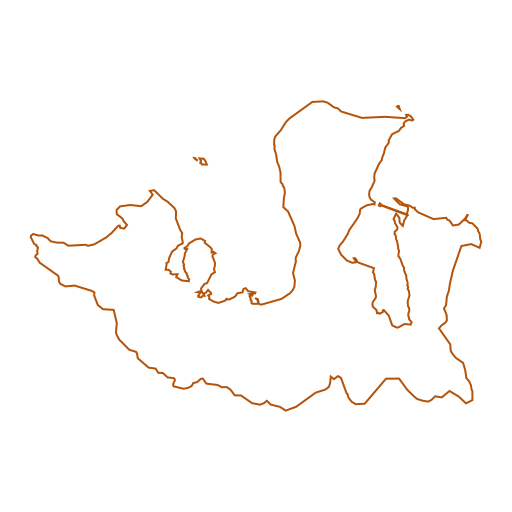 Grundarfjarðarbær, Vesturland, Iceland (orthographic projection)
{"feature_id": "244011B76246482597042", "entity_name": "Grundarfjarðarbær", "entity_type": "district", "adm_level": 2, "iso_a3": "ISL", "parent_name": "Iceland", "parent_adm1": "Vesturland", "projection": "orthographic", "projection_center": [-23.233, 64.943], "detail": "fine", "context": "isolated", "style": "outline", "palette": "amber", "viewbox_px": 512, "rotation_deg": 0, "n_neighbors": 0, "source": "geoboundaries", "source_scale": "gbopen_adm2", "svg_char_len": 6098}
<svg xmlns="http://www.w3.org/2000/svg" viewBox="0 0 512 512"><path d="M479.6,247.8L481.3,241.8L480.3,239.3L479.6,233.6L478.2,231.1L477.6,228.7L472.5,223.4L469.3,222.8L466.2,220.2L464.8,220.2L465.4,219.2L464.8,218.8L458.9,224.5L452.9,225.5L449.6,220.6L447.4,219.7L446.2,217.8L433.5,219.1L418.5,212.5L415.0,209.5L414.7,207.7L412.7,207.8L409.8,205.7L404.0,204.3L395.9,198.3L394.1,198.5L399.8,204.3L407.7,206.5L408.1,208.1L407.9,210.4L407.0,213.3L407.5,214.6L379.7,204.4L380.3,203.5L379.9,203.3L379.0,205.7L379.6,205.9L379.3,205.0L382.8,206.0L407.4,215.2L404.1,220.7L402.8,225.9L399.7,222.6L399.3,217.7L396.1,213.7L393.5,219.1L394.8,221.1L394.9,222.9L397.4,227.2L397.3,229.4L394.7,231.8L394.6,234.1L395.7,235.6L396.2,239.6L396.9,240.7L398.1,246.4L398.1,248.3L399.0,250.8L398.3,256.0L400.3,258.8L402.9,266.0L404.0,267.6L404.1,270.5L406.3,275.9L406.4,278.7L407.4,281.7L407.7,284.2L407.3,285.5L408.2,287.0L407.6,288.9L408.8,290.7L409.5,295.5L407.9,300.4L407.7,302.7L408.0,306.0L409.0,307.9L409.4,310.4L408.4,313.3L408.3,316.2L409.0,317.5L409.2,319.4L411.6,322.2L410.7,324.6L404.6,324.0L397.9,327.6L396.0,327.3L392.2,325.3L388.7,315.5L383.7,310.0L382.8,310.5L383.0,311.6L382.6,312.2L379.3,313.8L378.4,312.8L377.0,313.1L376.5,310.1L373.0,306.9L372.4,304.4L372.8,302.0L375.7,297.9L376.0,296.1L374.7,289.8L375.7,287.2L376.1,281.9L375.0,279.9L374.2,274.2L373.0,272.2L374.0,268.2L358.9,262.8L356.7,261.3L356.4,259.6L354.9,258.1L353.8,258.3L355.6,260.9L355.8,262.3L352.3,262.8L347.0,260.6L341.1,254.7L338.2,248.8L340.0,244.9L342.9,241.7L347.9,233.7L349.1,230.3L357.4,218.4L359.7,213.9L360.0,210.2L360.7,208.8L366.5,205.4L372.7,204.0L374.5,204.5L374.8,202.3L370.9,199.6L369.5,197.0L369.1,194.3L369.7,190.4L371.4,188.1L374.6,180.8L374.2,177.4L374.6,173.5L379.2,163.5L381.9,159.8L382.0,158.2L384.0,153.0L385.2,147.7L388.6,143.0L388.9,142.1L388.6,140.5L392.1,134.2L398.9,130.9L401.0,127.9L404.1,125.9L403.6,123.7L405.2,121.4L409.1,119.6L411.9,120.6L413.3,119.7L410.9,116.3L408.0,114.7L406.2,114.9L407.0,116.7L405.1,118.2L385.3,116.8L362.1,117.9L341.1,111.5L337.9,108.4L333.9,107.3L327.6,102.7L323.3,101.4L312.4,101.9L289.4,118.5L285.8,122.2L280.8,130.2L275.1,136.7L274.3,139.5L274.1,144.7L274.7,145.5L274.4,148.1L274.8,150.4L276.2,154.7L277.1,161.6L279.1,166.5L280.5,172.5L280.6,182.1L282.5,184.1L283.1,186.4L284.1,187.5L284.7,190.5L284.8,193.4L283.9,198.1L283.3,207.1L288.0,211.4L294.4,225.8L296.1,233.5L300.2,242.8L300.3,245.4L299.0,250.9L295.6,257.9L295.9,261.3L293.0,273.1L294.9,280.4L294.4,286.7L292.8,290.0L290.2,293.1L281.5,298.9L261.9,304.5L259.4,304.3L258.7,303.5L258.0,299.4L255.1,298.1L257.6,299.8L258.1,303.1L256.9,303.9L252.2,303.7L251.4,303.0L251.7,301.1L250.5,299.9L250.8,298.8L249.6,296.2L252.9,295.4L250.4,295.6L250.1,294.9L251.3,294.7L250.0,294.0L255.1,293.4L255.4,292.5L248.1,291.2L245.7,288.2L243.5,288.9L242.5,292.4L237.5,293.2L235.0,296.6L229.5,299.4L226.9,299.4L226.3,297.9L226.5,299.4L224.8,300.8L218.5,302.9L214.1,301.8L209.1,299.0L209.4,297.2L208.1,295.4L211.0,294.1L211.1,293.2L208.1,289.9L206.0,292.6L203.4,294.0L204.5,295.8L203.0,295.8L200.9,297.5L198.3,296.8L198.1,295.7L199.2,294.9L200.1,292.8L197.4,292.2L200.6,291.1L203.2,293.7L201.5,291.1L201.1,288.4L204.5,284.0L207.1,283.1L211.5,274.3L214.9,272.2L214.0,269.2L215.0,264.9L214.9,262.5L212.4,256.2L212.8,254.5L215.4,253.2L213.4,251.8L211.6,252.4L211.8,249.3L210.7,247.6L204.7,242.7L205.0,240.9L200.7,238.5L195.5,239.5L189.0,243.4L187.3,246.3L184.5,248.0L184.6,248.8L187.1,249.1L184.8,253.6L184.7,255.9L182.9,261.8L184.1,264.9L183.5,265.9L184.2,267.3L183.9,268.7L184.6,269.3L184.9,271.4L186.8,273.4L186.7,274.7L187.7,275.9L187.7,277.5L189.2,279.4L188.8,281.2L181.8,280.5L176.2,277.1L177.5,274.2L172.9,274.5L170.4,273.5L170.9,271.8L168.7,269.8L165.6,269.7L166.6,264.6L166.4,263.2L168.4,262.1L169.3,257.6L172.1,251.6L176.5,248.4L177.9,245.8L182.7,243.3L182.7,241.6L181.7,237.3L182.2,233.1L180.3,230.1L176.2,219.5L175.8,218.1L176.1,211.6L174.6,208.2L167.6,201.7L163.0,198.9L154.1,190.2L149.9,190.9L152.7,194.7L147.3,201.9L141.2,206.2L130.1,205.0L120.0,206.4L116.8,209.7L116.5,211.4L116.9,214.3L122.3,218.4L123.9,221.5L127.0,225.0L124.2,228.6L120.2,227.8L119.7,225.6L118.2,225.8L111.5,233.1L106.1,237.5L94.4,244.3L88.0,245.8L85.8,244.8L68.4,245.7L63.4,242.7L56.5,242.6L50.5,241.2L47.7,238.1L42.2,235.4L38.9,235.6L33.1,234.0L31.1,235.6L30.7,237.0L34.1,243.8L36.6,245.3L36.5,246.2L38.0,247.5L37.1,251.3L37.5,252.8L37.3,254.1L35.6,255.4L35.2,257.1L37.5,259.0L39.7,262.7L57.8,275.5L58.7,277.2L59.0,281.5L60.1,283.7L65.4,286.4L74.7,285.6L91.8,290.9L94.4,292.5L94.2,295.6L97.8,305.0L103.0,309.2L113.7,309.9L116.8,323.2L116.0,332.0L116.4,334.2L119.2,339.6L129.3,349.8L136.0,351.8L137.0,353.5L137.8,358.3L148.6,367.6L155.6,368.6L158.3,372.8L162.8,373.0L167.6,377.4L173.6,378.1L174.8,379.2L174.8,380.4L173.1,384.3L173.5,386.3L183.7,388.8L188.1,387.8L191.6,386.1L193.3,383.0L197.0,382.2L200.9,378.8L202.8,378.6L206.3,383.6L217.6,385.0L221.9,387.2L226.7,387.1L230.3,389.4L234.7,395.3L241.0,395.5L252.2,403.2L260.0,404.7L264.1,403.1L266.8,400.8L270.8,404.6L280.0,406.9L285.7,410.6L296.1,406.8L315.8,392.6L325.0,389.7L328.7,387.1L329.4,385.5L330.1,382.8L330.8,376.6L333.9,379.2L337.9,376.1L341.0,377.9L346.5,393.1L347.7,394.3L347.9,396.2L349.2,398.6L351.6,401.7L355.6,404.2L364.7,403.7L386.0,378.7L399.1,378.6L407.0,389.5L414.1,396.5L417.2,399.0L423.0,400.8L428.1,401.6L431.5,399.9L435.1,396.3L441.8,397.4L449.5,391.0L458.8,396.6L466.0,403.4L472.4,400.1L472.4,391.2L471.6,389.6L470.9,385.1L468.9,381.0L466.3,378.0L465.3,370.4L463.1,362.9L455.7,357.8L452.5,353.8L450.7,350.8L450.3,344.4L439.0,328.4L441.4,325.5L445.3,322.7L446.9,320.3L446.6,315.0L444.0,308.4L446.1,305.2L446.8,296.9L448.8,290.9L450.1,282.8L452.9,270.6L461.4,246.0L471.3,244.1L479.6,247.8ZM203.8,158.8L199.5,158.4L200.9,160.7L200.4,162.6L201.0,162.5L201.7,164.4L206.8,164.6L205.8,161.7L203.8,158.8ZM398.7,106.0L397.1,106.3L396.9,106.6L399.8,109.2L398.7,106.0ZM467.2,215.0L465.4,218.1L465.9,218.4L467.7,215.2L467.2,215.0ZM196.0,159.2L194.8,157.9L194.3,157.9L195.4,159.2L196.0,159.2ZM197.7,160.6L196.9,159.9L196.0,160.0L197.7,160.6Z" fill="none" stroke="#b45309" stroke-width="2"/></svg>